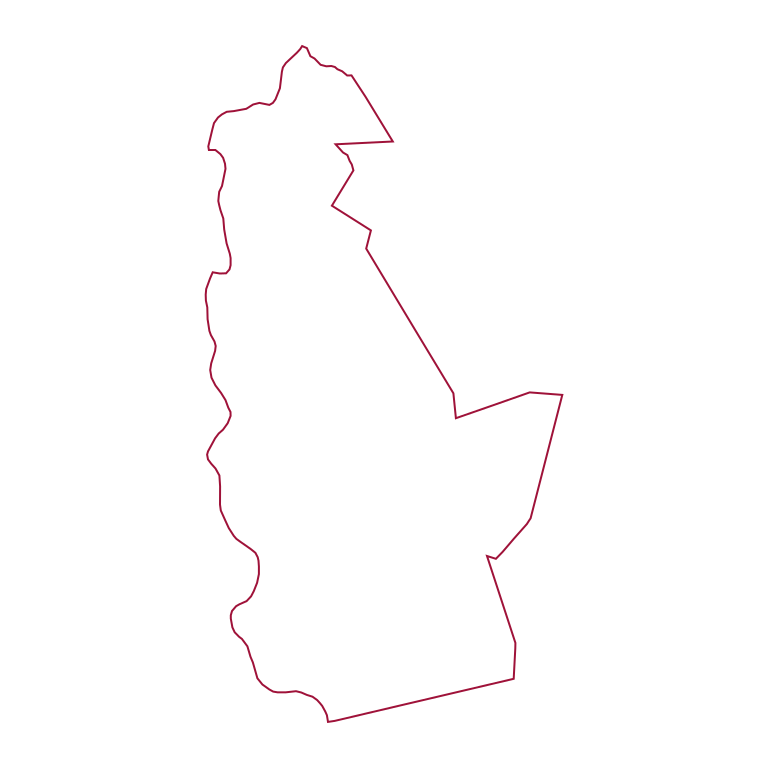 Palmeirais, Piauí, Brazil
{"feature_id": "56859067B30993102751399", "entity_name": "Palmeirais", "entity_type": "district", "adm_level": 2, "iso_a3": "BRA", "parent_name": "Brazil", "parent_adm1": "Piauí", "projection": "robinson", "projection_center": [-43.023, -5.84], "detail": "fine", "context": "isolated", "style": "outline", "palette": "rose", "viewbox_px": 768, "rotation_deg": 0, "n_neighbors": 0, "source": "geoboundaries", "source_scale": "gbopen_adm2", "svg_char_len": 2074}
<svg xmlns="http://www.w3.org/2000/svg" viewBox="0 0 768 768"><path d="M212.3,129.6L208.3,146.4L208.9,150.0L215.4,150.0L220.4,154.1L223.1,157.8L225.0,163.7L225.5,168.8L223.4,179.2L222.0,186.0L219.2,191.8L218.6,197.7L218.3,201.0L219.2,205.2L220.5,210.3L223.3,218.5L224.2,229.5L226.6,243.4L229.8,253.7L230.6,258.1L230.6,265.2L229.5,269.4L226.1,273.3L219.8,273.5L212.7,272.3L210.0,278.6L206.2,289.0L205.7,294.6L205.9,300.6L207.3,307.4L207.6,319.2L209.4,330.9L210.9,335.1L214.5,341.5L215.7,346.0L215.1,350.9L211.2,363.4L210.2,370.0L211.5,377.7L215.4,385.4L221.1,393.0L225.5,400.1L228.3,407.7L230.5,412.0L230.6,415.9L227.7,423.2L223.0,429.7L218.7,433.5L215.1,438.3L208.0,451.4L207.1,454.6L208.0,459.4L211.2,463.7L215.5,468.5L219.4,475.5L220.1,486.4L220.0,504.6L220.8,510.5L225.7,521.4L228.8,528.1L233.8,535.9L236.4,538.9L240.8,542.1L250.8,549.1L255.4,552.8L257.7,557.2L258.5,560.7L258.9,566.4L258.9,574.1L257.1,582.8L253.8,591.1L251.1,596.3L246.6,601.1L239.4,604.3L236.1,606.2L232.0,611.0L230.8,615.3L230.8,618.6L232.4,627.4L234.7,632.3L239.1,636.8L241.9,638.9L247.4,646.3L250.5,656.8L252.9,662.5L257.4,678.3L262.4,684.5L269.4,689.5L273.2,691.6L277.4,692.3L286.0,692.3L296.0,691.2L301.3,692.5L306.8,694.9L312.5,696.7L317.2,700.1L320.0,703.2L322.2,705.9L325.3,711.6L326.9,715.2L328.0,721.9L334.7,720.9L398.8,705.8L417.6,701.4L513.7,678.8L515.3,648.3L515.4,642.9L487.0,556.0L495.9,558.8L502.6,551.9L513.7,538.9L526.9,524.0L528.8,521.0L530.6,518.3L562.3,394.9L529.7,392.4L490.1,406.3L455.9,418.2L453.4,393.3L414.5,328.9L366.2,248.6L370.9,230.4L355.6,220.7L331.9,205.7L353.4,170.4L351.8,164.5L349.6,160.8L347.4,155.1L343.0,152.5L335.6,144.3L392.8,141.5L385.3,129.2L365.6,96.9L351.5,75.4L347.2,75.5L342.2,71.3L337.4,69.2L334.9,67.0L331.3,66.0L326.3,66.3L320.6,64.8L314.5,58.5L310.4,56.2L306.9,48.1L302.1,46.1L300.2,49.1L296.8,52.8L285.9,63.0L282.9,67.4L281.9,71.7L280.8,80.9L279.9,88.3L275.5,99.3L272.9,102.9L269.4,104.9L259.4,102.9L253.1,104.5L246.3,108.8L233.8,111.1L226.7,111.8L221.9,114.4L218.0,117.5L214.0,123.1L212.3,129.6Z" fill="none" stroke="#9f1239" stroke-width="2"/></svg>